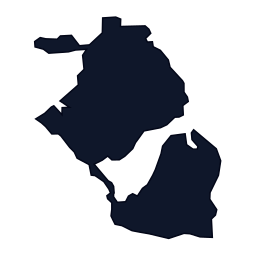 the district of Téra, Tillabéri, Niger, rotated 179°
{"feature_id": "23599985B14211003047249", "entity_name": "Téra", "entity_type": "district", "adm_level": 2, "iso_a3": "NER", "parent_name": "Niger", "parent_adm1": "Tillabéri", "projection": "mercator", "projection_center": [0.75, 14.304], "detail": "fine", "context": "isolated", "style": "filled", "palette": "ink", "viewbox_px": 256, "rotation_deg": 179, "n_neighbors": 0, "source": "geoboundaries", "source_scale": "gbopen_adm2", "svg_char_len": 1639}
<svg xmlns="http://www.w3.org/2000/svg" viewBox="0 0 256 256"><g transform="rotate(179 128 128)"><path d="M67.3,153.5L68.1,157.9L71.4,162.9L71.3,171.7L72.7,174.3L84.9,188.0L86.5,195.3L94.3,205.1L101.4,208.8L102.1,213.8L107.1,213.6L108.9,217.2L103.6,222.3L105.4,226.4L109.1,229.8L133.8,229.6L133.4,237.0L138.3,239.1L151.4,238.5L152.0,223.6L165.1,211.8L175.1,211.1L182.9,221.6L194.0,221.2L197.2,218.0L208.6,218.6L214.2,219.9L219.8,216.1L219.5,210.7L211.2,208.3L205.9,204.2L186.2,205.2L179.1,206.9L168.0,207.4L172.1,201.5L170.9,187.4L177.5,181.1L176.9,172.0L195.5,156.2L186.1,149.7L193.5,149.5L193.8,142.4L201.8,151.5L204.3,150.3L211.0,144.1L220.1,138.7L214.5,134.7L210.3,130.8L204.3,123.4L197.8,123.4L195.2,121.2L186.6,109.6L182.1,104.9L179.4,98.7L167.5,92.1L165.6,81.5L161.8,81.0L153.1,74.8L149.9,69.9L148.2,67.3L146.6,63.4L150.3,60.6L149.6,57.6L145.5,53.6L145.6,47.0L146.5,40.4L144.8,36.6L142.6,32.0L135.8,30.5L126.0,25.4L124.8,25.1L117.6,23.6L108.7,21.9L89.2,16.9L73.9,21.7L67.9,21.2L57.9,17.9L45.6,17.2L46.2,35.6L42.1,39.4L40.7,44.8L47.5,55.4L47.1,62.0L38.4,79.1L35.9,93.6L40.1,105.7L62.4,125.1L64.7,122.0L64.2,115.2L58.4,108.4L59.1,105.7L63.4,105.7L69.7,110.3L70.3,115.3L71.0,121.2L85.1,119.6L93.7,109.3L95.4,101.6L101.4,85.8L104.1,80.3L109.6,70.9L114.6,67.4L119.8,59.8L124.5,62.2L128.7,59.9L131.7,54.3L140.0,53.9L143.6,59.4L143.6,61.9L143.0,63.3L143.4,69.9L145.4,73.6L148.8,75.6L162.5,92.4L154.3,96.3L148.8,100.3L144.6,96.4L137.2,96.4L131.7,99.8L123.6,107.3L120.8,113.2L117.6,117.4L112.1,124.8L95.6,127.7L89.1,130.6L81.0,138.0L76.7,138.1L72.5,140.1L72.8,149.5L67.3,153.5Z" fill="#0f172a" stroke="#020617" stroke-width="1.5"/></g></svg>